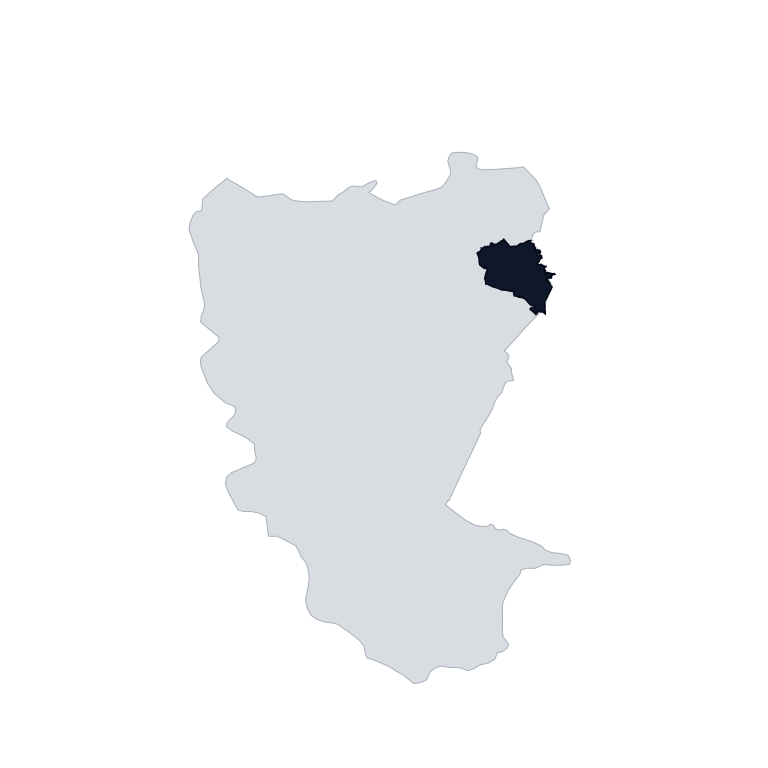 Kompienga, Kompienga, Burkina Faso shown in context, rotated 296°
{"feature_id": "67063806B63358793036390", "entity_name": "Kompienga", "entity_type": "district", "adm_level": 2, "iso_a3": "BFA", "parent_name": "Burkina Faso", "parent_adm1": "Kompienga", "projection": "equal_earth", "projection_center": [0.936, 11.436], "detail": "fine", "context": "in_parent", "style": "filled", "palette": "ink", "viewbox_px": 768, "rotation_deg": 296, "n_neighbors": 0, "source": "geoboundaries", "source_scale": "gbopen_adm2", "svg_char_len": 8933}
<svg xmlns="http://www.w3.org/2000/svg" viewBox="0 0 768 768"><g transform="rotate(296 384 384)"><path d="M544.0,492.8L527.3,493.7L521.2,496.1L517.6,496.1L517.4,494.1L517.0,492.9L496.0,486.1L481.3,482.1L466.3,477.7L465.5,481.8L463.3,484.5L460.1,484.7L457.9,484.1L456.3,487.3L453.9,491.5L450.4,493.6L447.0,496.2L445.1,498.5L443.7,498.6L440.3,493.2L435.8,492.6L427.2,493.5L423.4,492.0L418.2,491.3L405.9,492.4L386.2,490.2L383.0,491.4L382.2,492.4L362.7,492.7L341.2,492.9L323.3,493.2L307.6,493.4L307.6,492.5L302.5,492.3L302.0,494.2L297.4,515.9L296.9,527.7L299.2,535.1L301.9,539.7L304.8,541.7L305.1,544.3L302.7,547.7L302.9,551.2L305.7,554.8L306.4,558.6L304.9,562.6L305.2,572.1L307.3,587.3L307.3,597.1L305.3,601.6L306.2,609.2L310.0,620.1L310.7,624.7L309.3,626.8L306.1,629.6L302.8,629.5L299.1,623.0L297.4,620.0L294.4,613.4L291.8,606.7L288.3,603.7L284.8,601.0L280.7,592.5L276.6,588.5L272.3,589.7L266.1,588.1L253.4,586.0L239.8,586.6L234.2,588.6L228.6,591.6L214.5,598.4L208.9,601.8L204.6,610.3L199.8,610.1L195.0,607.4L192.0,603.5L185.6,604.4L179.4,600.6L173.4,593.2L169.0,590.8L163.4,585.5L161.9,575.3L158.4,568.2L155.2,558.3L150.3,553.9L144.7,551.5L136.9,552.0L131.8,548.0L127.8,542.2L128.9,537.2L130.8,530.1L131.1,523.2L132.3,512.1L131.7,498.2L130.4,488.5L134.7,484.5L139.7,480.8L142.8,474.3L146.1,459.5L147.6,446.7L146.6,442.0L145.0,438.2L143.7,432.7L143.0,426.0L144.0,420.1L147.8,414.7L152.5,410.2L155.9,408.0L164.7,405.7L175.8,402.4L182.2,398.5L186.9,394.7L189.5,391.7L192.2,385.5L196.5,380.7L199.8,375.8L200.4,362.3L200.4,354.6L198.0,350.4L196.7,346.7L213.1,336.2L213.3,328.7L211.1,320.4L207.9,313.7L206.8,308.0L211.4,301.2L215.4,296.1L218.4,291.7L224.9,285.1L231.6,283.4L237.6,285.9L255.4,301.4L258.5,302.4L262.2,301.2L267.0,297.1L273.1,293.9L275.4,283.5L275.3,268.2L276.7,261.2L280.0,259.9L290.2,262.9L292.9,263.0L295.9,262.1L298.1,259.4L298.0,254.4L297.6,250.1L301.0,235.9L307.2,225.2L319.6,211.9L323.5,209.2L328.0,207.9L350.1,217.0L353.7,214.8L359.2,192.1L365.2,189.9L372.4,189.5L377.1,187.6L379.5,186.0L390.1,177.4L408.7,165.7L418.7,160.7L420.6,158.8L427.8,150.5L437.3,141.0L443.4,139.1L451.7,138.4L457.0,140.0L458.4,142.7L460.1,144.0L471.0,140.0L486.6,146.4L500.1,152.8L499.2,156.8L499.1,163.9L498.0,175.1L496.6,188.6L502.2,197.3L508.9,206.7L510.7,210.3L508.9,219.6L510.1,225.0L513.6,234.0L519.6,245.5L525.8,257.3L530.1,258.9L534.1,259.8L536.6,261.9L540.2,264.0L543.8,265.3L547.0,267.9L549.0,270.4L551.5,277.7L558.5,282.5L563.4,287.3L561.4,289.7L555.3,288.7L549.7,286.6L548.9,290.1L548.7,303.5L549.6,314.6L550.9,316.1L556.6,318.2L570.3,332.7L582.7,346.4L586.9,349.9L593.7,351.3L601.4,351.9L604.7,350.6L612.1,343.7L616.0,342.9L619.7,343.1L621.7,344.2L625.2,349.8L628.6,358.4L629.6,364.6L629.3,368.0L628.1,369.3L622.0,370.9L619.4,372.2L618.7,374.0L619.7,378.3L620.9,381.0L627.6,393.3L637.2,409.8L640.2,414.1L638.5,419.1L633.6,432.0L630.0,437.4L613.8,455.8L605.9,453.6L589.2,457.3L586.7,453.1L582.8,452.5L578.0,453.3L576.3,454.9L575.7,456.7L574.0,459.2L570.9,466.5L568.6,468.3L565.6,469.5L562.0,469.3L559.8,470.3L559.8,473.9L559.2,477.0L556.7,478.6L555.7,482.1L555.9,485.5L554.4,487.1L551.3,486.3L549.4,485.3L547.7,489.8L545.5,492.8L544.0,492.8Z" fill="#d9dde1" stroke="#a8b0b8" stroke-width="1"/><path d="M518.5,431.6L518.8,432.3L519.1,434.1L519.0,435.4L519.1,436.3L519.0,438.4L520.0,444.5L520.1,445.9L520.1,448.3L520.5,449.4L521.3,451.0L523.8,460.2L523.6,460.6L523.2,460.8L522.4,461.0L522.1,461.0L521.9,461.1L521.7,461.1L521.5,461.3L521.4,461.3L521.2,461.6L521.0,462.1L520.4,462.3L520.2,462.6L520.4,462.8L520.5,462.8L520.7,463.2L520.9,463.5L520.8,464.3L521.3,464.9L521.1,465.5L521.2,466.2L521.1,467.4L521.5,468.0L521.7,468.4L521.8,469.5L522.4,469.6L522.5,470.1L522.6,470.3L522.5,470.9L522.1,471.6L522.1,472.0L522.8,473.2L522.8,473.3L522.6,473.7L522.1,473.8L522.0,474.1L522.0,474.4L521.7,475.2L519.7,479.6L519.6,480.1L519.4,481.1L519.4,482.6L519.6,484.0L519.8,484.9L519.7,485.7L519.6,485.9L519.3,486.0L518.6,486.1L518.3,485.7L518.0,485.0L517.5,484.2L517.3,483.1L516.9,483.3L516.6,483.3L516.4,482.8L516.1,482.4L515.6,482.6L515.2,482.6L514.9,483.0L514.9,483.9L513.9,487.7L513.4,488.7L513.1,490.1L518.2,491.4L518.1,491.9L517.4,493.4L517.6,493.7L518.3,493.7L518.4,493.9L518.5,494.5L518.1,496.7L517.7,498.2L520.1,497.0L521.4,496.1L523.8,494.8L524.2,494.8L524.8,494.4L528.2,492.4L532.0,492.4L533.6,492.5L534.8,492.4L538.5,492.5L540.6,492.5L541.0,492.6L543.3,492.5L543.8,492.4L544.0,492.5L544.7,492.5L545.3,490.7L546.8,489.2L547.1,489.1L548.0,487.9L548.0,487.7L548.5,487.1L548.6,486.6L548.5,485.7L548.6,485.0L549.0,484.3L549.4,484.4L549.7,485.2L550.4,484.7L551.0,484.7L551.3,484.9L551.5,485.3L551.8,486.7L552.3,487.6L552.7,487.9L553.2,487.9L554.6,487.1L554.9,487.0L555.2,487.5L555.9,487.7L556.3,487.9L556.9,488.6L557.5,489.5L557.9,488.8L557.9,488.6L556.9,487.3L556.9,486.7L556.5,486.2L556.7,485.4L556.4,484.7L556.0,484.4L556.0,484.1L556.2,483.5L555.9,483.0L556.0,482.3L555.8,481.9L555.5,481.8L555.2,481.2L554.8,481.0L554.7,481.1L554.8,481.4L554.6,481.8L554.3,481.8L553.7,481.1L553.9,480.7L553.8,480.0L554.0,479.7L554.3,479.5L556.3,479.5L556.7,479.4L557.6,477.7L558.1,477.2L558.5,477.1L559.5,477.1L559.9,477.9L560.1,478.1L560.5,478.2L560.8,477.9L560.1,476.9L560.3,476.4L560.1,475.7L560.3,474.9L560.0,474.5L560.2,474.1L560.1,473.8L560.5,473.1L560.5,472.7L560.3,472.4L559.7,472.0L559.2,471.6L558.8,470.3L558.8,469.9L559.2,469.0L559.6,468.6L560.0,468.6L560.3,468.8L560.7,469.4L561.3,469.5L561.8,469.3L562.1,469.4L562.4,469.7L562.8,469.7L563.2,469.5L563.7,469.5L564.1,469.7L564.8,469.5L565.2,469.6L566.5,470.8L567.3,470.0L568.1,469.6L568.3,469.2L568.1,468.4L568.1,467.5L567.9,467.0L567.6,466.9L567.5,467.1L567.5,467.3L567.8,467.8L567.7,468.1L567.3,468.1L567.1,467.7L566.9,466.9L566.9,466.2L566.7,465.4L566.7,465.0L566.9,464.5L567.2,464.2L567.6,464.2L568.2,464.6L568.7,465.2L569.2,466.6L569.9,466.8L570.1,466.0L570.3,466.0L570.6,466.1L570.8,466.7L571.4,466.9L571.5,466.8L571.8,466.0L572.5,465.4L572.5,465.1L571.9,464.0L571.9,463.3L571.5,463.0L571.1,461.8L571.2,461.4L571.0,460.9L571.1,460.6L571.3,460.5L572.1,460.6L572.4,460.5L572.7,460.2L572.6,459.8L573.2,459.0L573.1,458.5L573.3,458.2L573.5,458.2L573.7,458.6L573.8,458.7L574.5,458.2L574.7,457.6L575.5,457.4L575.7,457.1L575.6,456.8L575.2,456.5L575.2,456.0L575.0,455.3L575.3,453.7L576.5,452.8L576.8,452.6L577.1,452.8L576.8,452.1L576.6,451.9L576.6,451.7L576.4,451.5L576.3,451.3L576.0,451.3L575.8,450.8L575.2,450.5L575.1,450.3L574.5,449.5L574.2,449.3L573.6,449.4L572.8,448.5L572.3,448.5L572.1,448.3L571.8,448.3L571.1,447.5L571.0,446.9L571.0,446.6L570.8,446.2L570.5,446.0L570.2,445.4L569.8,445.2L569.6,444.8L569.1,444.7L568.5,444.2L568.3,444.4L568.1,444.4L567.9,444.2L567.7,444.1L567.4,443.7L567.2,443.5L566.5,443.2L566.3,443.0L565.9,443.0L565.7,442.9L565.5,441.7L564.9,440.8L564.6,440.1L563.3,438.1L562.9,438.0L562.5,437.7L566.6,428.1L566.1,427.9L565.7,428.1L565.1,428.1L564.7,427.7L564.4,427.4L564.5,427.2L564.2,426.9L564.3,427.0L564.2,427.0L564.1,426.8L563.8,426.6L563.6,426.6L563.4,426.5L563.1,426.6L562.8,426.4L562.8,426.2L562.5,426.3L562.2,426.0L561.7,425.9L561.5,426.0L561.2,426.6L561.2,426.8L561.3,426.9L561.3,427.4L561.1,427.7L561.0,427.8L560.9,427.6L560.4,427.4L560.3,427.1L560.3,426.8L560.4,426.7L560.2,426.4L560.3,426.0L561.0,425.0L560.9,424.7L560.7,424.7L559.8,424.5L559.5,424.3L559.2,424.3L558.9,424.0L558.7,423.4L558.4,422.9L558.0,422.5L557.9,421.8L557.7,421.5L557.6,421.3L557.7,421.2L557.8,421.0L557.9,420.6L557.8,420.2L557.8,419.7L558.0,419.5L557.8,419.2L558.0,419.0L558.0,418.8L557.8,418.6L557.2,418.5L557.1,418.3L556.9,418.2L556.3,418.6L556.1,418.4L555.9,418.5L555.6,418.8L555.6,419.0L555.3,419.1L554.9,419.7L554.7,419.5L554.8,419.4L554.6,419.4L554.4,419.1L554.2,419.1L554.2,418.9L554.4,418.9L554.2,418.6L554.1,418.8L553.8,418.5L553.6,418.8L553.4,418.6L553.2,418.6L553.1,418.4L553.2,418.0L553.0,417.8L553.0,417.7L553.2,417.9L553.3,417.8L553.2,417.6L553.3,417.6L553.0,417.0L553.1,416.8L552.9,416.7L552.8,416.8L552.6,416.7L552.3,416.7L552.1,416.4L552.1,416.1L551.9,416.1L552.0,415.8L551.9,415.3L552.0,415.0L551.9,415.0L552.0,414.7L551.7,414.5L551.4,414.7L551.4,414.3L551.2,414.1L550.8,413.8L550.6,414.0L550.1,414.2L549.7,413.5L549.4,413.4L549.2,413.1L549.0,412.3L548.7,412.8L548.5,412.7L548.4,412.4L547.9,412.1L546.7,412.9L546.5,412.7L546.3,412.4L546.0,412.6L545.6,412.3L545.3,412.5L545.0,412.1L544.9,412.1L544.5,411.5L544.1,411.3L543.5,411.2L543.4,411.2L543.4,410.9L543.3,410.6L542.7,410.5L542.5,410.3L542.4,410.4L541.1,411.9L538.4,414.4L537.5,415.0L537.3,415.0L536.8,415.5L536.2,415.6L534.5,416.7L533.8,417.2L533.1,417.9L532.7,418.8L532.8,419.7L532.7,419.9L532.5,420.0L532.3,421.1L532.4,421.6L532.1,422.0L532.0,422.7L531.9,422.8L532.0,423.8L532.8,425.7L532.8,426.3L532.4,426.6L531.9,426.7L531.5,426.9L531.1,427.0L530.8,426.8L530.5,426.8L526.2,427.5L525.5,427.7L524.4,427.9L522.9,428.3L522.5,428.6L522.0,429.4L521.4,429.8L521.3,430.0L520.6,430.3L520.5,430.6L520.3,430.8L519.9,431.0L519.7,431.2L519.1,431.2L518.5,431.6Z" fill="#0f172a" stroke="#020617" stroke-width="1.5"/></g></svg>